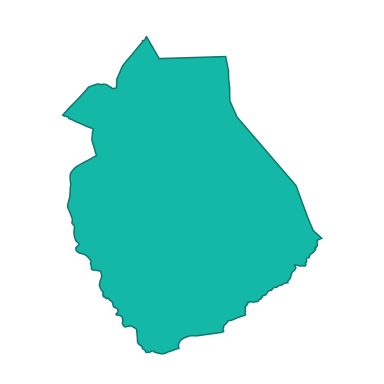 Soum, Soum, Burkina Faso (Robinson projection), rotated 85°
{"feature_id": "67063806B70466570504467", "entity_name": "Soum", "entity_type": "district", "adm_level": 2, "iso_a3": "BFA", "parent_name": "Burkina Faso", "parent_adm1": "Soum", "projection": "robinson", "projection_center": [-1.051, 14.286], "detail": "fine", "context": "isolated", "style": "filled", "palette": "teal", "viewbox_px": 384, "rotation_deg": 85, "n_neighbors": 0, "source": "geoboundaries", "source_scale": "gbopen_adm2", "svg_char_len": 6016}
<svg xmlns="http://www.w3.org/2000/svg" viewBox="0 0 384 384"><g transform="rotate(85 192 192)"><path d="M104.3,314.1L104.7,313.4L105.0,312.9L105.3,312.3L105.6,311.1L106.2,309.2L106.9,308.9L107.6,308.4L108.1,308.2L108.0,307.8L108.5,307.2L110.3,303.8L112.2,300.9L114.9,295.6L117.3,291.5L118.9,288.3L119.9,286.1L120.7,285.1L120.9,284.8L121.8,285.0L122.6,285.5L123.5,285.9L125.9,286.2L130.5,287.1L131.8,287.2L140.8,285.3L143.9,284.8L147.1,284.0L147.4,284.1L147.7,284.6L148.8,287.4L149.8,289.4L151.3,292.7L152.8,296.6L156.3,304.2L157.4,306.0L158.8,307.8L161.0,309.9L162.3,311.0L164.2,311.8L165.7,312.1L169.8,312.3L173.5,312.1L177.9,313.0L180.2,313.2L182.7,313.7L185.9,314.1L194.1,317.0L195.2,317.2L196.0,317.2L197.2,317.0L200.8,315.7L207.8,313.7L209.2,313.6L209.9,313.7L210.9,314.0L211.9,314.3L212.6,314.3L213.9,313.5L214.8,312.7L215.6,312.3L216.6,312.2L217.9,312.3L220.5,313.0L222.8,313.2L225.1,313.1L227.5,312.7L230.2,312.0L230.8,311.7L231.6,311.0L232.4,310.1L233.7,309.3L234.1,309.1L234.7,309.3L235.4,310.0L236.2,311.2L237.2,312.4L238.4,312.7L239.7,312.5L241.0,311.9L242.1,310.8L242.8,309.8L243.5,308.0L245.4,303.6L246.1,302.7L249.7,299.9L251.1,299.1L252.0,298.6L252.4,298.5L252.7,298.6L254.1,299.2L254.7,299.4L257.3,298.7L258.4,298.6L259.0,298.7L259.0,298.9L260.2,298.7L260.7,298.1L261.2,297.3L261.4,296.1L261.4,294.9L261.6,293.6L262.2,292.7L262.5,291.5L262.5,290.9L262.7,290.5L262.8,290.2L263.8,289.8L264.5,289.6L265.3,289.6L266.8,289.3L267.8,289.3L270.5,290.1L271.9,291.0L273.5,291.6L275.5,292.1L277.1,292.4L277.7,292.3L278.9,291.8L280.1,291.6L280.8,291.3L281.5,290.9L282.0,290.5L282.3,290.5L282.8,290.3L283.5,289.7L283.8,289.6L284.0,289.2L284.4,289.2L284.8,289.1L285.1,289.1L285.7,289.6L286.7,289.9L287.0,289.8L287.4,289.4L287.7,289.3L288.6,289.4L288.4,288.4L288.8,288.1L289.9,287.6L290.3,287.2L290.8,286.1L290.7,285.7L290.4,285.5L290.3,285.2L290.4,284.9L290.6,284.7L291.2,284.1L291.8,284.0L292.4,283.6L292.8,283.2L293.5,282.0L293.9,281.5L294.5,281.4L295.0,280.7L295.3,280.5L295.6,280.4L296.0,280.4L296.7,280.7L297.5,280.5L298.7,280.4L299.8,279.9L300.6,278.5L300.7,278.1L302.2,276.2L304.7,276.1L305.2,276.3L305.6,276.5L306.3,277.1L306.4,277.8L306.7,278.2L307.3,278.3L307.7,278.2L308.0,277.9L308.0,276.8L308.6,275.2L309.2,273.8L310.0,272.9L310.7,272.4L312.4,272.4L313.3,272.2L314.7,272.2L315.7,272.5L316.8,272.9L317.9,272.6L319.6,271.6L320.5,270.7L320.6,270.3L320.6,269.5L320.2,267.6L320.1,265.1L320.3,264.1L320.3,263.4L320.5,263.0L320.8,262.8L321.8,262.1L322.0,261.8L322.6,260.4L323.2,259.8L323.8,259.5L324.5,259.3L325.8,259.1L327.3,259.2L329.4,259.1L336.9,259.3L337.4,259.1L337.7,258.8L337.4,258.7L338.4,258.7L338.9,258.4L339.9,257.2L340.3,256.4L341.4,255.9L342.0,255.1L342.6,255.0L343.2,255.1L343.6,255.0L343.9,254.7L344.9,253.4L345.8,252.7L348.0,251.5L347.8,250.6L347.9,248.6L347.8,247.8L347.7,247.3L347.1,246.4L346.9,245.5L346.8,244.8L347.4,243.7L348.4,243.2L348.4,242.6L348.5,242.0L348.9,241.2L349.5,240.4L349.5,239.5L349.8,239.0L350.1,238.0L350.3,237.6L350.5,236.5L350.6,235.3L350.5,233.3L349.1,229.3L348.6,226.8L346.8,220.2L346.6,218.7L343.6,218.9L341.9,218.4L340.5,217.6L338.8,216.3L337.5,214.2L336.5,212.1L335.4,208.0L335.1,206.2L335.2,204.1L335.7,199.7L334.5,176.5L334.3,174.0L334.2,173.7L333.9,173.1L333.2,172.6L332.6,172.5L332.1,173.0L331.5,173.1L330.5,173.0L330.0,172.7L329.7,172.4L328.9,172.1L327.9,172.0L326.5,169.9L325.5,169.0L324.6,168.1L324.3,167.9L323.7,167.6L323.4,166.2L323.2,163.7L321.1,157.5L320.0,152.7L319.7,151.0L319.5,150.2L319.3,149.7L318.6,149.3L318.2,149.4L318.0,149.5L317.0,149.6L312.7,148.9L312.2,149.1L311.5,149.1L311.1,149.3L310.8,148.9L310.5,148.2L309.9,147.8L308.7,146.6L308.2,146.4L307.9,146.5L307.7,146.5L307.4,146.1L307.3,145.9L307.1,145.5L306.7,145.5L306.6,145.1L306.6,144.5L306.7,144.0L306.6,143.1L306.5,142.6L307.1,140.4L307.1,139.3L306.8,138.6L306.8,138.1L306.9,136.9L306.9,136.3L306.6,135.7L306.2,135.3L305.8,135.0L305.1,134.5L304.8,133.9L304.9,133.3L304.4,132.8L304.1,132.5L303.8,132.0L303.2,131.6L302.7,131.1L301.8,130.8L301.5,130.3L301.3,129.0L300.8,128.2L300.9,127.4L298.2,125.4L297.2,124.1L296.7,121.3L296.3,121.0L295.7,120.4L295.3,120.1L294.7,119.5L294.4,118.9L294.2,117.4L294.4,116.3L294.3,115.8L293.0,114.2L292.8,113.6L292.8,113.0L292.5,111.2L292.3,111.0L292.3,110.1L291.4,108.9L290.8,107.3L290.9,106.3L290.6,105.5L290.8,104.6L290.4,104.7L289.5,104.5L289.3,104.2L289.1,103.9L288.6,103.7L288.2,103.1L287.8,102.9L287.5,102.4L286.8,102.0L286.3,101.4L286.0,101.3L285.2,101.2L284.6,101.0L283.9,100.5L283.4,100.6L280.7,99.3L280.1,98.7L279.7,98.2L279.1,96.8L278.9,96.6L278.4,96.4L277.3,95.6L276.5,95.2L276.2,95.1L274.8,95.8L274.7,95.8L274.4,96.3L273.4,96.1L273.5,95.7L274.0,94.0L274.2,93.2L274.6,92.7L274.8,91.7L275.3,90.4L275.1,89.7L275.0,89.0L275.1,87.9L275.5,87.2L275.4,86.9L275.6,86.1L275.5,85.6L275.3,85.3L274.7,85.3L274.4,85.2L274.1,84.9L273.9,84.8L273.1,85.2L272.8,85.0L272.1,84.9L272.0,84.5L271.9,84.1L271.6,84.0L268.3,83.7L268.0,83.6L267.6,82.9L267.5,82.5L267.5,82.3L267.7,81.4L267.5,81.0L266.5,80.7L265.5,80.1L264.9,79.8L264.3,79.3L264.0,78.7L264.0,78.4L263.8,78.0L262.8,76.7L262.6,76.3L260.4,74.1L259.4,73.7L258.9,73.6L258.9,74.4L257.9,74.0L257.8,73.8L257.6,72.8L257.3,72.5L256.2,71.9L254.9,71.6L254.1,71.6L253.3,72.0L252.6,71.9L252.0,71.5L251.0,71.4L249.4,66.8L241.0,74.6L227.9,78.8L208.6,84.1L194.7,87.8L121.3,140.6L104.4,146.4L91.4,145.4L83.5,145.6L78.1,145.4L75.0,145.0L60.0,146.7L56.2,213.1L33.4,223.7L34.1,224.8L34.6,224.6L34.9,224.6L35.1,224.8L35.2,225.0L35.8,225.4L36.0,225.5L36.5,225.7L36.7,226.0L36.8,226.5L36.7,226.8L36.8,227.3L36.9,227.1L44.5,234.6L50.2,240.1L54.9,245.1L60.6,250.4L73.1,257.1L81.3,258.1L81.8,258.7L81.9,259.4L82.0,262.4L80.2,264.0L80.1,264.3L80.1,264.8L80.0,265.0L78.8,266.1L78.1,267.1L77.4,268.4L77.1,269.5L76.9,270.4L76.8,271.0L76.9,271.5L76.9,272.0L77.3,272.9L76.9,274.1L76.5,274.7L76.3,275.6L76.2,276.5L76.3,277.6L76.6,278.9L77.2,281.4L78.3,285.4L78.9,286.4L79.9,287.4L80.8,288.1L81.9,289.4L83.4,290.9L91.3,299.7L97.2,306.7L100.7,310.4L102.7,312.6L104.3,314.1Z" fill="#14b8a6" stroke="#0f766e" stroke-width="1.5"/></g></svg>